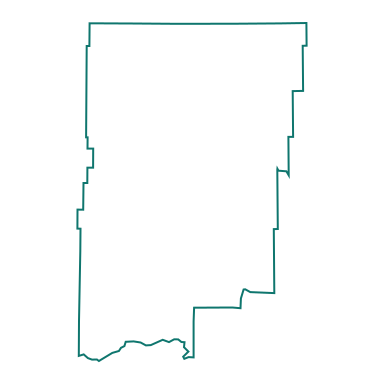 Blaine, Montana, United States of America (Albers equal-area conic projection)
{"feature_id": "52423323B87448243037078", "entity_name": "Blaine", "entity_type": "district", "adm_level": 2, "iso_a3": "USA", "parent_name": "United States of America", "parent_adm1": "Montana", "projection": "albers", "projection_center": [-109.013, 48.36], "detail": "fine", "context": "isolated", "style": "outline", "palette": "teal", "viewbox_px": 384, "rotation_deg": 0, "n_neighbors": 0, "source": "geoboundaries", "source_scale": "gbopen_adm2", "svg_char_len": 978}
<svg xmlns="http://www.w3.org/2000/svg" viewBox="0 0 384 384"><path d="M193.6,357.4L193.6,321.5L194.1,307.7L232.3,307.5L240.5,308.2L240.9,298.5L243.6,289.5L245.2,289.3L250.3,292.1L274.3,293.1L273.8,229.1L277.8,229.0L277.3,169.6L277.4,168.7L278.5,170.7L286.4,171.3L288.7,175.3L288.4,136.9L293.1,136.9L292.7,91.1L303.1,90.9L302.7,45.8L306.6,45.7L306.4,23.0L280.0,23.4L239.0,23.7L195.9,23.8L174.6,23.8L132.7,23.5L89.6,23.3L89.4,46.0L86.7,46.0L86.1,137.3L87.6,137.3L87.6,138.6L87.5,148.6L93.2,148.6L93.1,167.7L87.4,167.7L87.3,183.0L83.5,183.0L83.2,209.7L77.5,209.6L77.4,228.6L80.5,228.7L80.3,251.5L79.0,321.0L78.8,355.9L83.7,354.4L87.9,358.1L92.0,359.6L96.9,359.5L98.9,361.0L112.3,352.9L118.9,351.0L121.0,347.8L124.4,346.1L125.7,341.8L133.6,341.4L140.6,342.5L145.9,345.4L150.8,345.1L162.7,339.8L169.0,342.1L174.2,339.3L178.2,339.4L181.4,342.0L184.5,342.2L184.0,347.2L188.4,351.6L183.2,356.7L184.3,358.8L188.6,357.1L193.6,357.4Z" fill="none" stroke="#0f766e" stroke-width="2"/></svg>